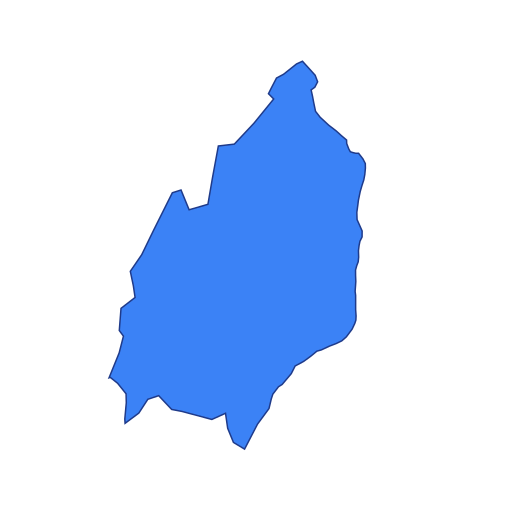 Ed Al Fursan, Southern Darfur, Sudan (Equal Earth projection), rotated 18°
{"feature_id": "16777658B67455933132274", "entity_name": "Ed Al Fursan", "entity_type": "district", "adm_level": 2, "iso_a3": "SDN", "parent_name": "Sudan", "parent_adm1": "Southern Darfur", "projection": "equal_earth", "projection_center": [24.402, 11.715], "detail": "fine", "context": "isolated", "style": "filled", "palette": "blue", "viewbox_px": 512, "rotation_deg": 18, "n_neighbors": 0, "source": "geoboundaries", "source_scale": "gbopen_adm2", "svg_char_len": 1475}
<svg xmlns="http://www.w3.org/2000/svg" viewBox="0 0 512 512"><g transform="rotate(18 256 256)"><path d="M260.8,71.3L256.4,65.8L240.0,56.4L235.2,60.8L226.0,74.7L220.5,80.4L218.6,91.8L217.7,97.8L221.4,99.7L224.3,101.2L213.0,130.4L200.8,156.3L186.2,163.0L190.4,194.8L194.3,221.7L178.1,232.7L164.3,216.4L156.9,221.7L150.7,262.8L146.9,290.1L141.2,309.4L148.6,322.3L153.8,332.8L143.8,347.5L149.0,369.1L154.7,373.2L155.8,390.4L153.9,417.2L154.8,416.5L156.3,417.0L163.7,419.8L175.0,427.2L178.0,435.7L181.6,451.6L183.2,455.6L193.1,441.6L197.4,425.7L206.6,418.9L223.2,428.0L233.6,426.7L264.5,425.1L275.6,415.0L282.3,428.6L292.2,440.3L304.8,443.2L309.4,415.4L315.5,397.1L314.7,387.2L314.7,382.2L317.8,373.4L320.6,370.0L325.9,357.0L327.2,348.5L333.9,341.5L339.3,334.0L343.3,327.7L347.2,325.1L353.6,319.1L359.3,314.5L363.8,310.2L366.9,305.0L370.0,295.9L370.8,289.6L370.8,286.1L369.7,282.1L367.4,276.4L362.9,262.6L361.2,259.0L359.9,253.7L358.8,249.4L356.7,243.7L355.0,238.6L354.8,234.0L355.0,230.0L354.0,225.4L351.8,219.3L350.8,214.2L350.3,209.9L351.0,205.1L349.2,199.4L344.0,193.6L340.9,190.2L338.4,183.3L337.1,176.1L336.2,171.5L335.2,162.6L335.0,156.4L335.0,150.3L334.3,144.9L332.9,138.6L331.4,134.3L327.7,130.6L321.8,126.6L319.0,127.5L316.0,127.7L313.5,127.7L311.3,125.7L307.5,121.0L306.3,117.7L299.9,115.1L293.7,112.3L284.7,109.1L274.1,104.2L267.9,100.0L263.5,92.3L260.5,86.8L257.1,81.0L259.8,77.3L260.7,71.8L260.8,71.3Z" fill="#3b82f6" stroke="#1e3a8a" stroke-width="1.5"/></g></svg>